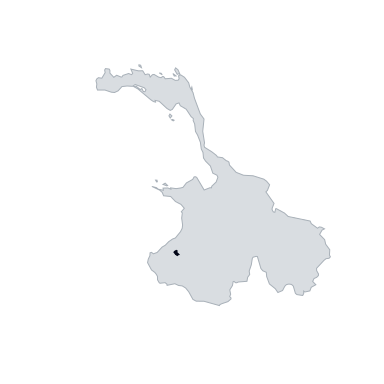 Huai Thap Than, Si Sa Ket, Thailand shown in context, rotated 142°
{"feature_id": "78962969B1477833386417", "entity_name": "Huai Thap Than", "entity_type": "district", "adm_level": 2, "iso_a3": "THA", "parent_name": "Thailand", "parent_adm1": "Si Sa Ket", "projection": "mercator", "projection_center": [104.011, 15.032], "detail": "fine", "context": "in_parent", "style": "filled", "palette": "ink", "viewbox_px": 384, "rotation_deg": 142, "n_neighbors": 0, "source": "geoboundaries", "source_scale": "gbopen_adm2", "svg_char_len": 4795}
<svg xmlns="http://www.w3.org/2000/svg" viewBox="0 0 384 384"><g transform="rotate(142 192 192)"><path d="M164.6,43.7L165.0,45.2L166.5,43.2L168.5,42.3L172.5,46.6L172.9,48.5L170.1,55.5L170.5,57.9L172.3,59.8L174.6,60.9L176.9,60.6L181.3,58.6L186.2,59.9L185.9,64.5L187.6,71.9L185.2,79.4L182.9,83.0L184.7,86.3L184.8,89.3L180.2,100.9L181.1,101.8L184.0,103.0L185.3,102.6L190.1,98.1L195.6,94.5L197.3,91.5L200.7,90.5L203.7,87.8L210.8,92.5L212.7,93.0L213.6,93.8L213.9,95.7L214.8,96.0L217.7,93.4L222.5,91.6L224.5,87.6L226.7,86.4L226.5,84.5L227.2,83.7L231.2,83.5L237.2,85.6L239.3,86.1L240.3,85.6L249.8,98.5L255.9,103.4L257.4,106.8L256.0,115.4L256.1,120.2L257.5,124.0L260.1,126.6L262.0,130.3L269.1,133.8L268.5,134.8L269.0,137.1L273.4,139.8L273.7,140.7L273.2,144.1L271.2,146.7L270.8,148.9L270.8,151.5L271.9,155.5L270.5,163.7L267.8,166.0L264.4,167.7L262.5,169.9L261.1,169.4L260.5,167.1L256.7,165.8L249.4,167.0L245.8,166.5L240.9,167.2L236.2,166.9L233.4,166.0L225.5,167.8L222.1,169.4L219.7,171.8L216.2,177.8L212.5,181.5L212.6,183.0L208.1,183.9L208.3,189.0L210.9,194.6L211.6,201.6L216.7,206.5L215.7,210.0L216.3,213.3L220.2,221.1L217.4,217.4L216.8,214.9L213.5,211.0L212.4,212.9L208.5,210.0L206.9,207.2L206.3,208.4L202.4,204.4L198.5,202.2L196.3,201.2L190.8,202.6L183.7,201.5L181.0,202.6L179.9,201.9L179.3,200.7L181.2,186.1L175.2,184.3L174.1,183.3L172.8,184.4L166.8,185.0L162.5,187.7L162.0,189.9L164.0,194.0L161.5,201.2L162.3,208.0L162.0,211.7L159.0,216.4L158.2,220.2L154.8,226.0L152.6,233.3L152.0,237.5L148.0,244.0L147.1,247.6L145.7,249.0L146.3,251.9L145.6,260.8L148.1,267.2L147.4,270.2L150.2,271.2L156.7,269.2L158.9,269.7L160.3,273.2L162.0,283.7L164.7,286.9L165.4,285.3L166.7,287.0L167.7,290.1L171.2,306.6L173.0,310.9L170.9,309.8L169.7,304.6L167.8,304.4L168.5,301.1L167.3,300.0L165.3,300.9L165.4,303.5L170.6,311.7L173.8,311.9L177.9,315.5L182.3,318.2L187.9,317.2L191.8,318.1L194.1,320.3L197.8,325.9L203.7,330.5L202.8,333.4L200.5,335.7L199.2,338.8L197.6,339.7L195.4,339.7L193.0,337.2L187.0,339.5L185.7,341.9L184.2,342.5L181.6,339.9L181.8,338.4L183.5,336.2L183.0,330.5L179.5,330.4L177.1,326.2L176.3,325.8L174.6,326.4L169.0,324.4L167.4,321.7L165.7,322.0L164.5,326.5L159.6,320.4L156.2,317.9L156.7,313.3L154.3,312.3L153.3,311.1L154.2,308.3L151.0,308.8L149.5,308.0L147.6,303.1L146.0,301.1L143.9,301.1L143.3,300.2L143.4,297.7L138.2,294.3L136.5,290.3L134.1,288.6L132.5,289.1L131.0,291.9L129.8,291.7L128.7,291.0L127.3,287.0L127.4,280.1L129.1,276.1L130.0,269.7L132.4,264.2L137.4,248.4L137.6,242.1L146.2,233.2L151.9,223.0L153.7,221.5L154.6,219.6L151.6,211.3L150.2,205.6L150.4,204.0L146.8,200.2L145.8,195.7L144.9,194.3L144.5,192.8L145.9,190.1L145.1,180.3L141.1,173.5L133.9,167.2L127.5,157.9L126.6,154.6L126.4,149.9L131.6,146.8L133.7,146.6L134.4,132.5L138.8,129.9L139.8,128.7L140.2,126.3L139.2,125.0L136.3,127.3L135.7,126.8L132.1,118.5L131.3,113.5L116.8,96.4L117.5,93.6L115.4,86.2L113.2,86.1L111.8,84.7L110.3,81.4L113.0,81.9L117.6,80.0L116.8,72.8L118.8,68.6L119.0,61.7L122.5,57.7L122.9,55.7L124.8,55.4L127.4,56.9L130.0,56.9L140.8,55.2L142.2,53.3L142.8,49.5L143.9,48.3L146.3,48.0L149.1,48.7L152.0,47.2L151.5,42.7L156.7,43.5L160.0,41.5L164.6,43.7ZM131.2,293.8L130.5,298.9L128.5,299.9L127.8,297.0L129.0,292.2L129.6,293.3L131.2,293.8ZM163.6,263.7L163.3,266.2L161.4,267.0L161.0,264.3L163.6,263.7ZM208.0,212.3L210.2,215.8L207.7,215.5L207.2,212.1L208.0,212.3ZM155.5,324.9L154.4,323.5L155.3,321.1L156.3,324.0L155.5,324.9ZM134.6,294.3L134.1,297.1L133.1,293.3L134.6,294.3ZM163.7,261.5L162.7,261.2L161.9,259.6L163.0,259.6L163.7,261.5ZM143.3,302.7L144.5,306.0L143.2,304.5L143.3,302.7ZM213.7,221.7L213.4,223.8L212.3,222.9L213.0,221.4L213.7,221.7ZM128.8,273.9L127.6,274.7L128.6,272.7L128.8,273.9Z" fill="#d9dde1" stroke="#a8b0b8" stroke-width="1"/><path d="M242.3,151.5L242.3,151.3L242.2,151.3L242.2,151.2L241.8,151.3L241.7,151.2L241.5,151.3L241.4,151.3L241.2,151.3L241.1,151.5L241.0,151.4L241.0,151.5L241.3,151.6L241.2,151.7L241.1,151.8L241.2,152.0L241.3,152.2L241.2,152.2L241.2,152.3L241.3,152.4L241.3,152.5L241.5,152.5L241.5,152.4L241.7,152.5L241.6,152.8L241.4,152.9L241.5,152.9L241.6,153.0L241.7,153.3L241.6,153.2L241.6,153.3L241.5,153.2L241.5,153.3L241.6,153.5L241.4,153.7L241.2,153.7L241.2,153.8L241.3,153.8L241.2,153.9L241.3,153.9L241.3,154.0L241.2,154.3L241.0,154.5L240.9,154.5L240.7,154.6L240.7,154.8L240.7,155.0L240.5,155.3L240.4,155.3L240.5,155.5L240.9,155.5L241.0,155.5L241.3,155.6L241.5,155.5L241.8,155.6L242.0,155.7L242.3,155.7L242.3,155.4L242.5,155.3L242.8,155.4L243.1,155.4L243.1,155.2L243.0,154.9L243.1,154.7L242.9,154.6L242.9,154.4L243.0,154.4L243.0,154.2L242.9,154.0L242.9,153.8L242.9,153.7L243.0,153.5L243.1,153.3L243.2,153.1L243.2,152.9L243.0,152.7L242.9,152.7L242.7,152.4L242.5,152.2L242.8,152.0L242.8,151.9L242.7,151.9L242.4,151.8L242.4,151.7L242.3,151.5Z" fill="#0f172a" stroke="#020617" stroke-width="1.5"/></g></svg>